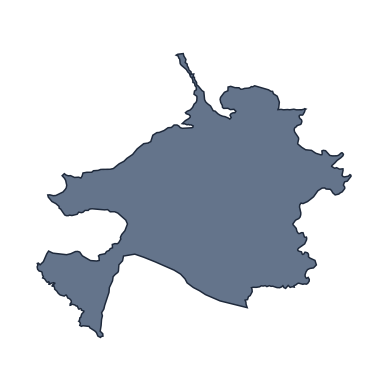 outline of Thota-ea-Moli, Maseru, Lesotho, rotated 86°
{"feature_id": "5366337B11591763594047", "entity_name": "Thota-ea-Moli", "entity_type": "district", "adm_level": 2, "iso_a3": "LSO", "parent_name": "Lesotho", "parent_adm1": "Maseru", "projection": "orthographic", "projection_center": [27.504, -29.453], "detail": "fine", "context": "isolated", "style": "filled", "palette": "slate", "viewbox_px": 384, "rotation_deg": 86, "n_neighbors": 0, "source": "geoboundaries", "source_scale": "gbopen_adm2", "svg_char_len": 5956}
<svg xmlns="http://www.w3.org/2000/svg" viewBox="0 0 384 384"><g transform="rotate(86 192 192)"><path d="M329.6,290.9L327.2,290.9L324.5,293.3L318.9,292.0L312.7,291.1L309.3,290.0L306.2,290.6L302.6,288.1L299.0,287.0L286.3,281.8L281.6,281.1L275.1,277.5L271.0,276.6L269.0,274.5L267.0,271.6L265.7,270.9L259.5,270.0L255.8,266.1L251.1,264.8L250.0,253.4L253.8,244.5L259.1,233.6L268.7,215.3L273.1,209.1L278.2,205.0L282.3,203.2L287.4,197.3L291.0,191.4L295.3,185.7L302.6,171.6L311.2,145.0L307.8,145.9L305.6,145.9L303.6,146.6L303.2,144.1L300.3,143.0L299.4,141.2L295.7,138.9L293.3,138.9L291.6,139.4L291.3,137.6L291.6,134.7L291.3,131.2L290.4,129.4L290.8,127.6L290.5,125.5L291.6,123.9L290.8,121.4L291.6,119.8L291.6,118.0L293.3,113.9L293.6,111.2L292.9,109.2L291.8,107.9L293.8,106.9L294.7,105.3L291.9,102.6L294.0,100.7L293.5,98.7L294.0,96.6L292.6,96.8L291.9,94.9L290.6,93.0L290.4,91.9L291.8,87.8L291.5,86.5L291.9,84.2L291.2,82.9L289.1,81.3L287.3,81.1L285.3,82.1L286.1,83.6L286.0,84.0L284.2,85.0L282.5,85.0L279.6,83.8L277.5,82.2L276.5,79.8L276.2,76.1L273.4,73.0L268.8,74.1L266.1,79.0L264.7,80.4L263.0,80.1L261.9,80.3L260.8,81.0L260.0,82.9L260.0,83.7L261.5,84.6L262.0,85.8L261.6,86.4L259.3,87.0L258.6,89.2L257.9,90.3L257.4,90.6L256.7,90.6L255.4,89.5L251.6,83.2L247.8,81.1L246.1,80.8L245.0,81.0L245.1,82.0L244.7,83.0L240.3,84.1L240.2,85.7L240.9,87.4L240.9,88.4L240.2,89.2L238.5,90.1L235.5,90.6L231.8,93.4L230.9,93.6L227.6,90.9L226.9,89.8L226.0,87.4L224.5,85.9L222.3,85.1L220.3,84.9L214.5,85.8L212.3,85.4L210.7,84.0L211.3,82.1L209.6,77.4L205.3,71.1L199.5,66.3L197.2,62.0L197.2,59.3L198.4,58.0L198.9,54.0L200.2,52.8L202.7,51.6L204.9,49.4L204.3,45.7L203.2,44.2L202.3,42.1L199.2,39.4L197.8,39.3L195.7,40.5L192.9,39.3L192.5,38.9L192.0,36.3L187.5,32.3L186.4,32.3L185.7,33.2L187.1,34.9L187.6,39.0L187.0,40.4L185.8,41.2L180.9,39.8L179.4,39.8L179.5,43.2L177.8,46.1L178.3,48.0L176.2,50.9L175.4,50.6L173.0,47.5L170.6,45.0L168.2,41.1L166.4,38.9L164.9,38.3L163.5,39.3L163.3,39.7L163.5,40.5L165.6,43.3L166.0,45.0L165.8,49.3L165.1,52.0L160.1,55.9L159.6,58.2L160.1,59.6L162.5,59.4L163.8,59.8L163.9,60.9L162.0,65.8L158.8,69.9L157.8,75.7L155.1,79.4L151.5,83.1L150.9,83.2L146.6,81.9L145.2,82.0L139.3,85.4L137.7,85.7L136.3,85.6L135.0,84.9L134.0,83.1L133.1,82.6L132.2,79.1L131.7,78.4L129.5,77.5L128.2,77.6L127.4,77.9L126.6,78.9L125.4,79.6L123.7,79.9L122.7,78.7L123.0,76.6L122.7,76.0L120.0,74.2L117.6,73.3L117.2,72.6L116.7,73.7L117.3,74.9L117.6,76.9L117.3,82.1L116.5,84.6L116.8,88.7L116.4,91.0L116.4,94.9L115.8,97.3L115.8,100.5L113.9,99.6L108.5,98.6L102.4,100.3L99.7,103.9L97.2,104.6L97.1,106.2L95.4,108.5L90.4,122.1L91.3,124.1L91.0,125.5L92.0,126.9L92.3,128.7L92.3,132.3L92.9,134.4L92.9,136.2L91.3,137.8L90.9,141.9L89.3,146.0L89.8,148.7L93.5,149.1L94.8,152.7L99.6,156.9L101.6,157.5L104.7,157.1L107.9,155.7L109.7,155.7L110.8,154.6L111.0,150.3L112.5,148.0L112.4,144.4L114.5,142.6L115.9,143.7L115.9,145.7L116.6,147.6L118.0,148.7L120.5,147.7L121.9,149.2L120.6,150.9L119.1,153.9L118.6,156.0L117.3,158.7L115.8,160.7L113.0,163.2L112.4,165.2L107.5,167.5L104.9,170.5L103.0,172.1L100.7,173.0L92.9,173.2L91.5,175.0L86.7,178.4L85.5,179.8L83.0,179.8L79.7,181.6L77.7,181.6L77.4,183.0L74.4,182.0L74.4,184.5L72.0,184.6L70.2,186.4L67.6,187.0L65.9,187.9L64.0,187.9L62.4,189.7L59.3,188.8L55.9,190.6L53.3,191.1L53.6,196.6L54.4,198.2L55.4,196.3L57.3,195.9L58.6,195.0L63.2,194.8L64.8,193.8L69.4,189.1L72.1,187.7L73.6,186.3L76.8,185.5L78.6,183.9L81.0,183.4L82.8,183.4L83.6,181.8L86.2,181.6L87.6,180.5L90.3,180.5L91.5,182.5L94.6,183.2L96.8,180.5L98.8,180.5L101.3,180.9L103.0,181.8L104.4,183.7L107.7,185.5L110.0,188.0L111.1,191.2L112.4,193.0L113.5,192.3L114.6,189.6L116.1,188.4L117.4,188.7L118.6,190.2L120.3,193.6L123.1,197.0L123.5,195.4L123.4,194.7L124.6,192.3L124.4,190.8L124.9,189.9L124.9,188.3L126.2,186.2L127.6,186.7L127.9,187.8L127.8,197.3L126.9,199.3L125.3,200.5L124.1,202.3L123.9,205.2L126.2,208.0L126.2,211.4L128.7,215.5L130.3,220.5L130.3,222.9L132.6,227.1L138.8,229.6L140.1,232.5L140.4,236.8L145.1,243.6L150.4,248.6L153.9,254.6L156.6,257.7L158.8,262.7L163.1,268.8L163.6,272.1L163.1,281.4L163.9,284.1L163.9,288.8L165.3,290.7L165.0,295.6L165.4,299.4L168.6,300.6L170.3,301.9L169.3,304.1L169.3,308.2L167.2,312.0L167.2,314.3L166.4,316.3L164.8,318.1L166.7,320.4L169.5,318.2L171.7,317.2L176.5,316.5L179.0,317.1L180.5,318.2L183.0,320.7L186.0,328.1L186.0,330.7L184.9,334.0L184.9,336.1L187.1,335.7L191.7,332.4L194.1,328.6L197.0,325.7L199.0,325.6L199.7,324.3L206.0,320.6L206.8,319.1L207.0,317.2L206.5,315.7L207.1,313.5L206.2,308.1L204.2,306.4L204.9,303.8L204.6,302.2L202.9,300.0L203.1,296.8L202.1,295.7L201.8,294.3L201.8,292.7L203.7,280.6L203.7,277.4L206.0,275.0L206.3,270.5L207.8,267.5L215.4,260.0L219.4,258.6L225.9,261.6L229.4,265.0L230.6,265.7L232.3,266.6L234.0,266.3L237.6,268.8L238.4,270.2L238.1,272.6L238.8,275.2L242.1,275.2L242.8,277.6L244.5,278.8L245.4,281.4L247.5,283.0L248.2,288.4L249.3,289.8L250.6,289.3L253.8,289.3L254.2,291.9L253.3,298.1L248.0,305.9L244.1,308.2L243.3,310.2L243.3,312.5L245.1,317.2L245.8,321.5L243.3,335.0L240.9,339.2L243.6,341.2L251.1,345.1L254.0,348.6L252.2,350.2L252.5,351.3L254.0,350.8L255.9,351.7L258.3,351.4L260.1,350.1L260.9,347.9L261.6,347.2L264.3,347.0L265.9,346.2L267.3,347.0L268.2,345.2L271.6,343.1L272.0,342.3L271.5,341.2L272.2,340.8L274.0,341.2L274.2,340.2L273.4,339.7L272.8,336.4L273.4,335.2L273.9,335.4L274.8,337.4L275.5,338.0L276.2,338.0L276.3,337.0L275.6,336.5L278.4,335.7L279.3,335.8L281.4,333.8L283.7,332.5L285.5,330.7L286.9,326.8L286.0,325.0L286.2,324.4L289.1,323.3L289.9,321.6L291.8,320.1L293.6,320.0L295.0,321.3L296.5,321.5L296.5,320.8L295.7,320.1L295.7,319.1L296.5,316.8L297.7,315.4L297.8,314.4L300.8,313.3L301.0,312.9L300.5,311.6L300.7,311.0L301.3,310.5L302.2,310.5L303.2,308.2L304.0,308.3L306.1,310.6L309.2,311.7L309.6,312.6L312.6,313.4L313.0,314.0L313.8,313.1L315.3,312.5L317.2,313.3L318.3,311.7L317.8,310.2L318.9,304.0L320.4,303.3L323.8,298.7L325.5,297.2L329.2,295.9L330.7,293.4L329.8,292.5L329.6,290.9Z" fill="#64748b" stroke="#1e293b" stroke-width="1.5"/></g></svg>